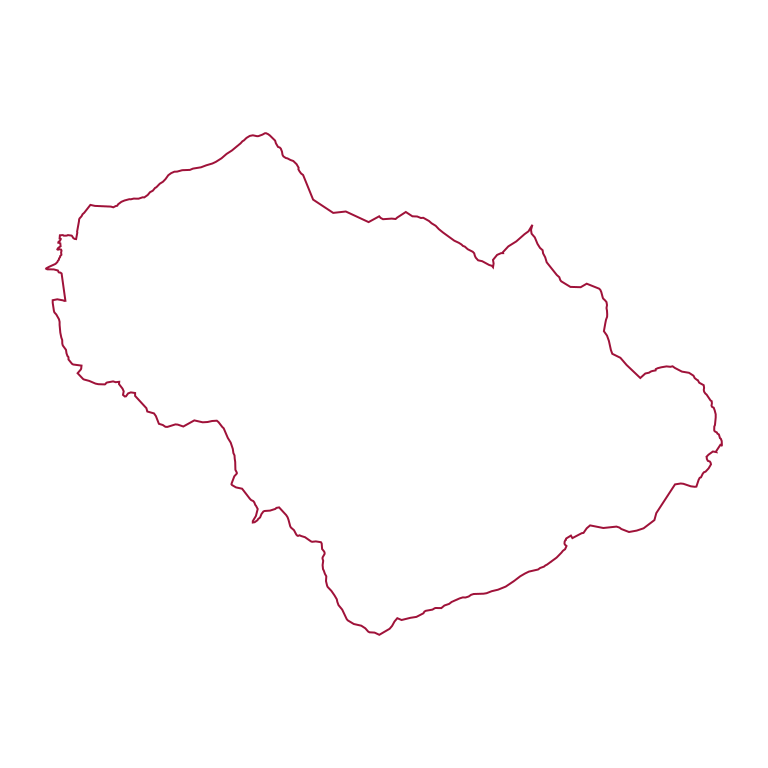 outline of Fundu Moldovei, Suceava, Romania
{"feature_id": "2599482B95968201222680", "entity_name": "Fundu Moldovei", "entity_type": "district", "adm_level": 2, "iso_a3": "ROU", "parent_name": "Romania", "parent_adm1": "Suceava", "projection": "albers", "projection_center": [25.315, 47.553], "detail": "fine", "context": "isolated", "style": "outline", "palette": "rose", "viewbox_px": 768, "rotation_deg": 0, "n_neighbors": 0, "source": "geoboundaries", "source_scale": "gbopen_adm2", "svg_char_len": 6037}
<svg xmlns="http://www.w3.org/2000/svg" viewBox="0 0 768 768"><path d="M379.3,634.8L389.6,628.8L392.1,625.9L394.5,621.5L397.3,618.2L401.6,620.0L410.5,617.8L416.4,616.9L423.4,613.3L424.4,611.6L425.8,610.8L432.5,609.6L434.6,608.3L435.6,608.0L441.3,608.1L444.4,605.5L449.1,603.9L451.7,601.9L459.6,598.4L462.8,597.4L465.5,597.5L468.7,596.5L471.1,594.8L473.7,594.0L483.5,593.7L486.6,593.2L491.7,591.2L498.0,589.7L505.7,586.6L513.9,581.1L520.2,576.3L525.0,573.5L528.9,571.6L538.1,569.5L540.1,568.0L544.0,566.6L545.4,565.4L546.9,564.7L556.6,557.6L561.4,552.7L562.9,550.8L565.1,549.2L566.5,546.0L564.9,544.6L564.5,543.6L564.6,541.8L565.3,540.2L565.9,539.9L566.0,538.9L566.2,538.5L570.9,535.6L572.4,538.1L581.7,533.2L583.5,532.9L586.7,528.3L590.1,525.4L603.3,528.0L616.5,526.6L619.5,527.6L621.3,529.0L629.0,532.0L636.7,530.6L643.6,528.3L654.4,520.1L656.3,513.1L675.0,484.4L680.7,483.5L683.4,483.8L690.8,486.3L694.8,486.8L696.4,486.6L698.6,479.9L699.7,477.8L701.0,477.3L702.8,473.6L704.0,472.2L705.5,471.7L708.6,468.4L711.0,464.3L710.5,462.5L709.8,461.5L707.8,460.8L706.8,458.8L706.8,457.7L706.5,456.8L708.5,454.7L712.9,451.5L716.3,452.1L716.0,451.5L720.4,444.8L721.7,445.5L721.9,445.2L721.7,441.0L720.8,438.7L720.0,438.2L718.9,434.5L717.4,433.6L716.9,432.5L715.0,431.5L714.5,431.0L714.2,430.2L714.3,426.5L714.9,425.2L715.1,423.7L715.7,417.5L715.7,414.3L714.7,410.4L713.7,407.7L712.1,406.9L711.5,405.7L711.9,403.4L711.7,401.2L710.5,400.4L706.6,394.6L705.3,393.5L704.2,391.8L703.9,390.8L703.8,389.6L704.1,387.9L703.7,385.2L699.2,382.7L697.8,380.2L697.0,379.9L694.7,378.1L693.5,375.7L689.0,372.8L681.9,371.6L674.8,367.9L672.6,366.3L670.4,366.8L666.5,366.4L661.2,367.3L657.7,368.2L655.8,369.1L655.6,370.4L652.4,371.0L650.9,371.5L649.0,372.7L645.3,373.5L640.3,378.0L626.6,365.0L620.4,357.8L612.3,353.8L610.9,350.0L608.9,340.9L607.0,335.6L603.9,331.2L605.3,323.3L606.0,319.8L607.1,316.8L607.2,314.3L607.0,310.8L606.5,308.0L607.0,305.1L606.5,302.1L605.1,300.4L603.2,298.6L602.8,297.8L601.3,292.1L600.4,290.0L599.2,288.7L586.7,283.7L580.7,287.2L570.4,286.9L561.2,281.3L560.2,279.9L559.3,277.2L556.8,275.0L546.7,262.3L545.2,257.3L543.1,253.4L542.6,250.2L540.0,247.9L537.5,243.9L534.8,237.4L531.6,233.7L531.0,229.9L532.4,224.8L528.5,231.3L524.5,234.2L516.3,241.4L508.3,246.4L502.9,252.2L503.1,253.1L501.2,253.1L497.1,254.9L493.0,259.9L493.6,263.5L493.0,267.2L491.9,265.8L489.2,265.0L482.2,261.2L478.1,260.3L475.7,257.6L474.8,255.6L474.2,253.3L472.8,251.8L467.7,249.2L464.8,246.6L462.9,245.9L461.5,244.5L458.8,242.8L454.3,240.7L443.0,232.5L438.8,229.1L435.7,225.8L431.6,223.3L429.0,221.0L423.3,217.8L420.9,218.0L417.2,216.5L412.4,216.3L405.8,212.0L397.3,217.5L395.6,219.0L391.7,218.6L383.0,219.2L380.6,217.9L379.2,216.3L368.6,222.1L345.8,211.5L333.2,212.9L313.1,199.6L303.1,175.0L301.1,173.5L299.5,171.3L298.4,169.3L298.6,167.7L296.6,164.2L293.3,161.0L290.5,160.0L287.5,158.4L285.8,158.0L283.4,156.4L282.5,154.8L282.0,151.7L280.8,148.6L279.7,147.5L278.0,146.9L275.9,143.3L275.1,140.6L269.8,135.4L268.0,134.1L266.0,133.2L264.8,133.3L262.5,134.6L258.5,136.1L257.1,136.2L252.9,135.3L249.8,135.9L246.5,137.9L243.8,140.5L242.5,141.2L240.6,143.3L231.9,150.5L226.6,153.9L221.5,158.3L215.8,161.9L212.4,163.5L206.3,165.3L201.0,167.3L193.0,168.6L189.9,169.9L182.2,170.2L177.1,171.6L174.4,171.7L171.2,173.1L168.3,175.2L165.5,179.1L162.9,181.8L159.8,183.7L156.3,187.3L155.1,187.9L152.8,190.7L150.0,192.2L147.7,195.0L144.3,197.4L142.6,197.3L138.5,198.7L133.7,198.6L130.8,199.3L129.3,199.2L124.5,200.5L121.4,201.8L118.1,204.3L117.3,205.7L115.6,206.1L113.3,207.3L110.9,206.6L94.9,205.9L90.4,204.9L84.2,212.8L82.6,214.2L81.5,216.3L79.5,218.5L79.1,219.6L79.0,221.1L77.1,231.6L77.3,232.6L76.1,239.1L74.6,238.9L73.8,238.4L73.1,237.8L72.2,236.2L71.6,235.6L67.9,235.1L66.8,235.6L64.6,235.7L63.8,235.7L62.9,235.1L59.9,235.3L59.6,238.5L60.7,238.8L60.7,239.4L59.7,241.1L58.6,241.7L58.3,242.7L60.3,243.3L60.6,246.3L58.5,247.7L57.7,248.6L57.4,249.4L58.0,249.7L59.1,249.2L61.1,249.6L61.5,250.7L61.1,252.6L61.4,254.8L60.1,256.2L60.1,257.0L59.0,258.6L58.9,259.7L57.9,260.8L57.4,262.0L55.5,263.9L49.1,266.8L46.3,268.3L46.1,268.7L47.2,269.3L53.7,269.4L57.9,270.5L58.6,272.1L59.1,272.5L60.4,272.6L61.6,273.5L65.4,300.8L64.3,300.9L63.2,300.4L57.3,299.3L52.7,300.2L52.7,302.8L53.9,310.8L54.4,312.4L56.3,314.5L59.0,319.3L59.6,321.9L59.6,324.9L60.3,332.6L61.3,337.5L62.2,340.0L62.3,343.6L62.8,345.5L66.0,349.9L66.5,353.3L67.5,356.1L68.2,356.7L68.5,357.7L68.5,359.5L72.0,363.8L73.2,364.5L81.5,365.6L81.2,368.5L80.8,369.5L77.6,373.2L83.1,379.0L84.0,379.5L89.2,380.9L95.5,383.6L98.4,384.2L104.7,384.4L105.3,384.2L105.9,383.3L107.0,382.5L113.1,381.4L115.7,382.2L119.2,381.8L119.0,384.1L122.5,388.6L123.7,391.3L123.0,394.9L124.8,396.5L126.0,396.3L128.1,393.4L130.8,392.4L135.1,393.0L135.1,395.9L146.4,408.2L147.3,411.5L154.0,413.4L155.9,416.1L158.9,423.8L162.8,425.0L165.4,426.8L167.4,426.9L175.4,424.4L177.7,424.6L183.3,426.5L194.3,420.4L202.7,422.3L207.6,422.0L212.1,421.0L216.8,420.7L218.5,422.1L222.3,427.0L223.7,428.3L227.8,437.9L230.7,442.6L232.8,448.9L233.4,453.1L234.5,455.4L234.7,458.5L235.2,461.9L235.4,469.8L236.7,472.4L236.9,473.1L236.6,473.8L234.3,476.3L231.6,483.5L231.5,484.4L232.1,485.1L236.0,487.4L242.1,488.7L249.8,498.7L251.2,500.1L253.3,501.1L254.3,502.4L255.3,505.0L255.9,505.6L257.7,509.0L255.9,516.0L252.8,521.1L252.8,522.5L254.7,522.2L257.5,520.2L257.9,519.3L260.1,517.4L261.5,514.0L263.4,511.5L264.5,511.0L270.0,510.6L275.4,508.9L276.4,507.9L279.1,507.4L286.2,515.1L287.6,517.3L288.5,519.8L290.2,526.2L290.9,527.5L294.0,530.2L296.3,534.6L297.4,535.7L298.0,535.9L299.6,535.3L301.1,536.0L305.0,537.2L311.0,541.4L312.1,541.8L315.8,541.4L320.9,542.2L321.7,543.5L322.1,549.0L324.2,551.6L324.6,552.8L324.6,553.9L322.6,557.4L322.5,558.6L323.2,560.8L322.6,565.1L323.0,569.1L323.8,570.6L324.9,573.8L326.3,576.3L326.0,581.1L327.1,585.7L327.7,587.0L331.4,590.9L334.5,595.4L336.8,599.3L337.3,601.8L338.5,605.1L342.2,609.6L346.7,619.1L347.8,620.4L353.8,624.0L361.3,625.7L365.3,628.3L368.2,631.6L369.5,632.3L374.6,632.6L379.3,634.8Z" fill="none" stroke="#9f1239" stroke-width="2"/></svg>